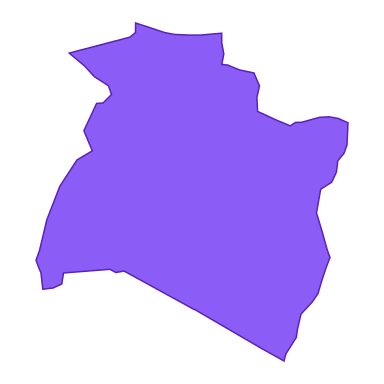 the district of Djourf Al Ahmar, Sila, Chad
{"feature_id": "50815135B90510100968968", "entity_name": "Djourf Al Ahmar", "entity_type": "district", "adm_level": 2, "iso_a3": "TCD", "parent_name": "Chad", "parent_adm1": "Sila", "projection": "robinson", "projection_center": [20.609, 12.361], "detail": "fine", "context": "isolated", "style": "filled", "palette": "violet", "viewbox_px": 384, "rotation_deg": 0, "n_neighbors": 0, "source": "geoboundaries", "source_scale": "gbopen_adm2", "svg_char_len": 1201}
<svg xmlns="http://www.w3.org/2000/svg" viewBox="0 0 384 384"><path d="M69.2,53.1L84.5,65.9L94.3,76.6L108.5,85.8L111.4,94.4L111.5,94.5L103.0,103.0L96.6,103.4L83.9,130.7L83.9,130.8L92.3,150.8L77.0,159.9L59.8,186.3L46.8,219.9L39.4,250.9L36.0,260.3L39.6,269.8L40.9,272.5L41.0,273.3L42.8,289.2L53.2,288.0L61.9,283.9L61.9,283.5L62.5,279.1L62.6,278.9L63.5,273.0L67.0,272.7L91.0,270.8L109.9,269.3L115.9,272.5L121.1,271.6L124.0,271.0L133.3,276.1L193.9,309.4L195.2,309.8L262.1,348.8L284.0,361.0L284.0,360.8L285.9,353.9L296.3,337.4L297.4,329.6L301.0,314.1L312.0,302.3L318.0,293.6L321.1,282.9L323.9,274.2L326.2,267.4L330.0,257.5L327.1,249.5L322.4,232.5L316.5,212.9L320.7,189.2L331.7,182.2L336.4,172.2L337.8,160.8L344.0,153.3L347.0,144.9L348.0,122.8L338.5,118.5L329.1,116.8L319.6,117.3L301.5,122.3L295.6,122.4L293.0,124.0L290.4,125.9L276.7,120.2L257.6,111.4L256.9,97.4L259.5,85.8L259.4,85.7L253.9,72.9L248.0,71.7L239.1,69.8L227.6,65.0L223.6,64.6L221.9,64.4L221.9,64.2L223.8,53.8L221.7,42.7L221.7,33.2L200.2,35.1L189.8,35.1L174.3,34.4L164.8,32.6L159.4,30.8L154.6,29.2L135.9,23.1L135.6,23.0L135.6,23.9L135.5,32.3L135.5,32.5L130.0,37.1L69.4,53.0L69.2,53.1Z" fill="#8b5cf6" stroke="#5b21b6" stroke-width="1.5"/></svg>